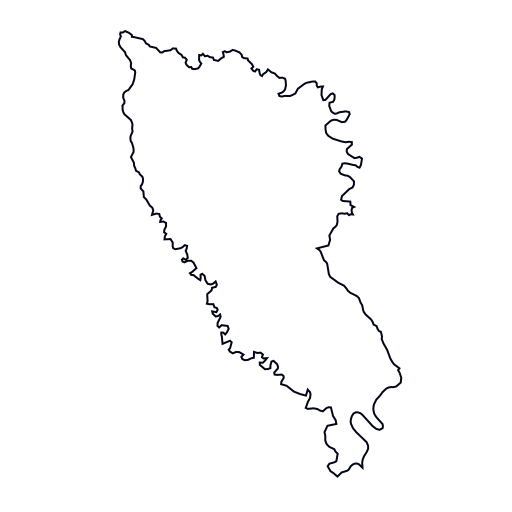 Candói, Paraná, Brazil, rotated 275°
{"feature_id": "56859067B42839534370188", "entity_name": "Candói", "entity_type": "district", "adm_level": 2, "iso_a3": "BRA", "parent_name": "Brazil", "parent_adm1": "Paraná", "projection": "albers", "projection_center": [-52.04, -25.522], "detail": "fine", "context": "isolated", "style": "outline", "palette": "ink", "viewbox_px": 512, "rotation_deg": 275, "n_neighbors": 0, "source": "geoboundaries", "source_scale": "gbopen_adm2", "svg_char_len": 6121}
<svg xmlns="http://www.w3.org/2000/svg" viewBox="0 0 512 512"><g transform="rotate(275 256 256)"><path d="M430.7,307.9L430.4,305.6L429.4,302.9L431.2,301.6L433.3,301.5L435.0,299.7L434.7,297.0L432.8,290.8L431.0,288.4L426.2,283.1L421.3,281.0L419.6,278.3L418.3,275.9L418.0,270.8L417.1,267.7L417.4,265.4L419.6,264.3L420.7,266.9L422.0,268.8L424.3,270.4L428.6,271.0L433.3,270.2L435.1,269.5L436.0,266.5L435.4,263.9L437.2,261.2L439.4,258.9L440.4,255.2L442.9,251.6L440.2,250.2L437.6,247.1L435.8,246.4L436.6,244.6L438.2,243.8L441.8,242.8L442.1,240.5L439.7,238.9L440.3,237.0L442.5,235.1L444.2,236.8L446.7,235.3L450.1,231.1L452.0,230.4L452.1,226.6L453.1,224.8L455.2,224.2L457.4,221.8L458.9,217.1L459.2,214.7L457.2,212.0L456.4,209.0L457.3,207.1L456.2,205.2L454.0,206.1L451.6,206.6L449.9,204.1L447.1,201.4L447.6,197.0L449.9,195.9L450.1,192.7L451.3,190.2L450.5,187.7L452.8,185.5L451.1,184.1L451.3,181.9L446.3,182.2L444.5,183.2L443.0,184.7L440.6,183.7L437.9,182.1L436.8,178.7L436.9,176.1L438.6,175.1L438.2,172.9L440.4,170.1L442.4,169.0L445.4,169.9L447.3,168.1L447.5,165.9L449.9,164.2L451.5,161.1L453.6,159.2L455.6,158.3L455.6,155.2L453.5,152.8L452.0,146.5L450.6,145.0L450.5,142.9L454.6,138.3L455.5,131.9L457.1,130.7L458.2,127.9L460.5,126.4L462.2,124.4L463.4,115.7L463.5,113.3L465.3,113.1L466.4,111.4L467.4,109.6L468.6,105.9L467.0,103.8L466.9,101.6L465.0,101.3L463.0,102.2L459.3,101.0L457.1,100.7L454.7,101.2L452.1,102.9L447.6,107.8L444.8,108.9L440.2,113.4L437.3,114.8L434.3,114.7L432.0,115.3L430.4,119.0L428.5,119.7L421.3,119.3L416.3,118.1L410.3,114.5L409.2,112.5L407.5,110.6L405.4,109.7L402.1,109.9L399.2,111.4L396.6,111.5L394.4,109.9L389.9,110.4L387.8,111.2L385.7,112.6L380.6,119.5L378.2,120.8L376.3,121.5L372.1,121.5L369.3,122.2L364.4,120.6L362.2,120.6L359.5,121.2L357.9,122.5L354.3,124.0L351.9,124.7L349.1,125.0L343.6,122.8L338.3,126.2L335.1,126.8L332.7,128.2L330.5,129.0L329.0,132.2L327.3,133.1L325.1,135.9L322.9,136.8L319.8,136.8L317.3,136.2L315.8,135.1L313.2,135.2L310.5,138.2L305.0,139.1L302.8,141.7L296.9,145.9L295.1,148.5L292.5,149.7L287.9,148.8L289.6,153.0L289.4,156.0L286.7,156.9L285.3,158.8L283.4,157.7L281.6,157.6L282.3,160.6L281.1,163.5L277.6,163.8L274.1,162.4L271.6,162.4L270.2,164.7L267.8,163.5L264.6,163.4L265.4,169.4L262.1,171.9L258.5,172.1L256.6,172.8L255.7,174.9L257.2,180.2L258.7,182.4L260.6,184.0L260.1,186.5L256.9,186.2L255.1,185.5L251.4,187.4L248.2,188.2L246.1,186.3L247.3,183.8L245.8,182.5L244.1,183.3L243.5,185.5L245.2,188.1L245.6,192.0L243.9,194.4L238.7,197.7L234.5,193.7L233.1,191.7L231.5,193.2L231.5,195.5L228.5,199.9L227.1,202.6L229.1,202.8L232.5,202.4L233.6,204.0L231.6,206.6L227.7,207.6L224.1,210.2L223.7,213.4L224.8,215.8L227.1,218.0L223.9,219.5L221.7,218.6L220.5,215.0L217.8,214.7L213.7,210.7L206.6,211.7L204.2,211.2L203.9,213.7L204.3,217.7L201.3,219.1L200.8,221.5L199.1,222.5L196.6,221.4L197.0,217.2L194.7,218.0L192.2,221.2L193.1,223.8L194.6,225.3L192.4,226.1L186.0,223.6L183.1,223.7L181.6,225.5L184.1,227.8L183.8,233.9L181.1,235.1L177.4,233.7L175.2,232.1L176.8,230.2L176.7,228.1L174.7,228.3L172.8,229.0L165.6,230.3L169.3,237.5L167.9,239.3L161.9,238.2L160.2,237.0L158.4,238.5L157.0,241.4L158.7,244.5L158.8,247.7L156.7,252.1L154.3,250.2L152.1,251.4L151.2,254.0L151.8,257.0L153.7,260.2L154.4,262.7L160.3,262.4L159.5,265.7L160.1,269.1L158.4,271.5L155.8,270.7L154.6,272.3L155.2,275.8L152.5,274.1L150.2,272.0L150.2,269.0L147.9,269.3L144.0,274.8L144.4,277.7L145.6,280.1L148.2,279.9L152.2,280.6L153.1,282.6L150.0,286.5L147.5,287.6L145.7,287.5L141.5,284.3L139.5,284.9L139.4,287.3L140.1,292.1L138.7,294.0L136.8,294.2L132.9,292.2L130.5,292.2L129.4,297.8L124.2,305.6L122.3,312.1L121.3,317.9L127.4,319.2L125.0,321.7L122.9,322.4L119.3,322.2L115.2,320.4L109.0,318.8L108.2,320.8L109.3,326.6L108.9,330.4L107.6,333.3L107.1,336.1L110.8,339.6L111.7,341.8L111.7,343.8L103.3,346.7L99.3,349.7L95.7,350.7L93.1,342.0L86.5,339.6L82.8,340.7L78.4,341.1L75.5,342.3L73.8,343.8L72.2,345.8L70.4,350.8L68.3,352.1L66.1,354.6L58.5,353.9L57.3,352.0L55.5,347.2L52.8,345.7L48.1,349.0L46.7,351.7L43.4,356.4L47.8,360.1L50.0,365.5L51.3,367.0L54.7,368.6L56.4,370.2L57.6,372.0L58.1,374.7L57.4,376.8L54.4,380.5L59.5,379.8L62.5,380.0L66.0,381.1L70.5,383.4L73.8,384.5L76.8,384.2L80.2,382.4L89.3,371.1L93.1,367.5L97.0,365.3L99.2,364.7L101.9,364.8L104.7,365.4L107.5,366.8L109.0,369.1L109.1,371.1L108.5,373.7L106.8,376.1L96.7,387.0L94.3,390.8L93.6,394.2L95.5,397.1L97.4,397.3L99.6,396.7L105.6,390.3L107.6,388.6L109.3,387.5L111.3,386.8L113.9,386.2L116.9,386.2L118.8,386.6L123.3,388.3L127.7,391.7L131.5,394.0L135.2,397.3L136.4,399.2L137.2,401.9L137.3,404.1L138.2,407.0L142.5,411.2L147.5,411.3L152.0,409.3L154.7,407.5L156.6,408.7L160.2,402.9L162.5,400.9L165.5,398.8L174.1,394.7L180.0,390.6L184.4,388.4L186.6,388.6L191.2,387.1L192.1,384.9L193.9,383.5L196.6,382.3L198.0,379.1L200.6,377.9L202.8,376.2L207.1,370.5L209.7,368.2L212.2,367.2L216.0,366.2L219.1,364.0L223.1,362.2L224.9,359.9L227.6,353.1L229.4,350.5L231.1,349.3L234.1,346.3L236.4,340.5L241.7,331.7L244.2,330.2L254.4,327.6L256.0,326.5L257.7,324.1L266.0,320.0L267.5,318.6L268.9,316.1L272.8,327.2L278.5,328.4L282.8,327.3L290.2,330.6L292.1,332.6L293.9,333.8L297.3,334.2L302.6,333.5L305.2,334.6L306.0,337.8L305.8,340.8L306.6,343.0L304.8,345.1L305.8,346.8L305.8,348.9L307.5,347.8L310.1,347.2L312.4,347.6L313.4,349.4L314.9,345.8L318.4,345.2L318.4,337.5L319.4,335.9L323.2,336.4L330.7,343.0L332.7,346.2L335.4,347.3L338.9,347.1L342.7,342.9L343.9,340.5L344.1,337.4L345.3,333.3L347.6,331.4L349.8,331.8L352.5,333.4L355.5,334.0L356.1,336.2L356.0,339.4L355.1,345.2L355.1,347.3L353.6,349.3L353.0,351.4L355.8,352.6L362.3,353.1L363.8,350.3L362.6,347.8L362.1,345.5L365.6,338.8L367.8,337.3L370.4,337.2L375.3,341.8L377.9,341.5L377.9,338.5L377.1,335.3L377.7,330.4L379.6,322.1L382.0,317.6L384.4,315.3L388.3,314.2L392.1,313.8L396.0,317.5L397.4,319.0L398.5,321.5L398.6,324.5L396.8,329.9L397.5,333.0L399.4,334.4L405.5,337.0L407.5,336.1L407.9,332.8L406.5,326.7L405.1,324.2L404.5,322.2L405.6,319.8L406.8,318.3L411.8,315.9L415.1,315.9L416.3,319.3L418.5,320.4L421.2,320.5L423.3,320.2L424.7,318.2L423.7,316.2L417.6,311.6L417.1,309.5L422.0,307.2L428.0,307.0L430.7,307.9Z" fill="none" stroke="#020617" stroke-width="2"/></g></svg>